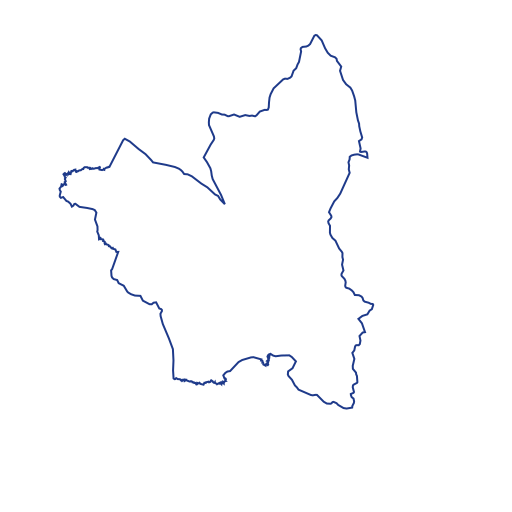 Nong Hin, Loei, Thailand (Natural Earth projection), rotated 156°
{"feature_id": "78962969B75467334486203", "entity_name": "Nong Hin", "entity_type": "district", "adm_level": 2, "iso_a3": "THA", "parent_name": "Thailand", "parent_adm1": "Loei", "projection": "natural_earth1", "projection_center": [101.862, 17.087], "detail": "fine", "context": "isolated", "style": "outline", "palette": "blue", "viewbox_px": 512, "rotation_deg": 156, "n_neighbors": 0, "source": "geoboundaries", "source_scale": "gbopen_adm2", "svg_char_len": 6141}
<svg xmlns="http://www.w3.org/2000/svg" viewBox="0 0 512 512"><g transform="rotate(156 256 256)"><path d="M381.1,177.7L380.5,176.6L379.8,176.4L378.6,176.9L377.5,175.3L375.6,174.4L375.0,172.7L374.2,172.9L374.2,172.0L373.0,172.4L372.6,171.7L372.2,172.4L371.8,172.4L371.4,172.2L371.6,171.8L370.5,171.4L370.9,171.0L370.0,171.1L369.9,170.5L367.8,168.4L366.7,167.9L366.3,168.1L365.4,167.2L365.4,166.4L364.6,166.2L364.0,165.7L364.1,165.1L363.0,164.7L362.7,162.9L362.1,162.8L361.3,164.0L360.1,162.8L359.3,163.2L358.6,161.6L356.3,159.8L354.7,161.2L353.6,160.5L353.2,161.0L350.5,160.5L350.3,159.7L348.8,159.6L347.9,160.6L347.5,160.7L346.5,159.1L346.5,158.2L346.0,157.3L345.5,157.0L344.9,157.4L345.1,156.6L343.9,155.3L343.8,154.7L342.1,154.9L341.6,154.3L341.0,154.2L340.7,154.9L340.2,154.9L340.4,154.3L340.0,153.4L339.7,154.4L339.2,154.4L339.4,153.2L338.5,153.3L338.2,154.0L337.6,153.0L337.5,153.7L337.0,153.5L336.9,154.3L336.3,153.7L335.3,154.3L334.5,154.1L334.7,154.7L333.6,155.7L333.7,156.3L334.3,156.1L334.6,156.8L334.4,160.3L331.5,161.7L329.1,162.1L326.5,161.4L315.1,166.2L310.9,166.6L301.8,165.4L299.5,164.6L293.1,159.3L293.9,158.4L292.8,157.6L293.0,156.4L293.5,156.0L292.9,155.6L293.0,154.4L293.4,153.9L292.0,152.1L291.8,152.7L291.0,153.0L289.7,151.5L289.0,151.9L288.9,152.7L289.4,153.6L288.2,153.9L287.8,154.6L288.6,155.6L287.5,156.0L287.3,155.1L286.9,155.2L286.5,155.8L286.6,156.6L285.4,157.4L284.5,159.2L284.7,159.6L285.8,159.0L286.5,158.0L286.4,159.5L285.2,160.5L283.8,160.9L283.2,160.2L282.5,160.6L280.8,158.0L278.8,156.4L273.4,154.8L266.0,151.7L264.4,149.2L262.4,143.5L268.3,138.6L273.6,137.5L275.1,134.8L275.1,133.1L273.5,128.3L273.1,122.0L272.1,119.4L271.5,116.6L262.4,106.7L260.8,105.6L258.2,105.0L256.8,104.3L253.4,95.3L251.3,92.4L248.0,90.7L247.1,90.7L245.5,91.4L244.5,91.2L242.3,88.8L241.5,86.5L237.9,81.5L235.3,79.8L229.8,78.4L228.9,79.9L226.4,81.9L225.5,83.3L224.9,86.1L226.0,88.1L225.9,90.2L225.5,91.4L222.7,91.3L221.8,91.9L221.0,96.8L220.0,98.4L218.8,98.8L215.4,99.0L214.7,99.5L212.6,105.3L212.6,107.2L212.1,108.8L213.4,113.5L212.3,116.3L208.0,122.0L207.4,128.3L204.6,129.8L202.3,133.0L201.3,133.7L200.2,133.6L198.5,132.7L197.0,133.3L195.0,136.2L194.0,140.8L189.7,142.7L187.4,142.1L186.6,151.4L188.0,156.9L183.2,158.0L178.0,157.4L174.4,159.9L171.8,160.3L168.8,163.6L168.9,164.7L170.6,165.6L172.1,167.5L175.3,170.1L176.0,171.7L175.7,174.3L176.1,176.0L177.9,178.3L181.6,180.2L181.7,183.3L182.5,185.6L184.1,188.3L186.5,190.3L186.8,191.2L186.7,192.4L184.8,195.4L184.4,197.1L184.5,199.2L185.8,202.8L185.7,203.9L185.0,205.0L182.0,207.2L180.9,213.1L178.0,217.2L177.5,219.9L175.8,223.5L175.9,225.0L177.0,229.0L177.2,237.7L178.9,241.4L179.3,245.3L179.0,247.2L176.1,253.5L176.4,256.5L176.0,258.2L175.1,259.0L172.5,259.9L171.2,260.9L170.9,262.2L171.5,266.3L168.6,269.1L162.3,274.1L158.1,275.9L153.7,278.7L136.6,293.9L136.0,297.4L134.1,300.8L133.4,304.0L131.2,306.2L130.0,308.5L127.9,309.0L125.0,308.6L122.1,307.7L121.1,307.1L114.2,300.4L112.8,304.4L112.7,305.7L113.1,306.6L113.9,307.2L117.8,308.3L118.5,309.1L116.7,311.7L115.2,319.1L112.2,319.6L110.8,321.1L110.0,327.4L108.9,332.6L108.0,335.0L107.7,338.5L105.9,346.5L102.1,357.7L101.4,362.0L100.9,368.0L101.3,371.4L103.8,376.2L104.9,381.4L103.9,391.0L101.1,394.4L102.7,401.3L102.2,403.4L103.0,405.4L106.3,408.6L107.8,412.5L108.4,417.7L108.3,426.2L110.5,432.8L111.5,433.6L113.1,433.5L120.4,427.6L122.7,426.9L124.8,426.9L128.5,428.1L130.5,427.6L131.2,426.7L131.6,424.5L137.8,415.8L140.1,414.1L142.9,411.2L146.3,410.0L150.5,405.6L152.4,405.0L155.2,405.0L157.3,406.2L159.4,406.3L171.7,402.0L176.8,397.9L179.2,395.2L181.6,391.1L183.9,386.6L185.5,384.9L186.7,385.0L188.7,386.0L193.8,386.4L198.3,384.3L200.0,384.0L202.5,385.9L205.0,386.6L208.5,389.1L214.3,389.8L218.5,394.2L223.8,394.7L224.9,395.2L227.2,397.9L229.6,399.1L232.5,402.2L236.1,404.4L237.2,404.6L239.7,403.8L242.9,400.6L244.7,397.3L245.7,394.7L245.8,382.4L246.3,380.4L247.4,379.2L252.0,376.3L263.7,367.3L262.6,361.6L262.0,354.7L262.5,351.6L263.7,347.5L264.3,343.9L263.1,326.0L263.4,316.0L265.7,322.2L266.2,326.3L268.4,328.9L272.5,338.5L276.5,344.4L282.2,354.9L285.2,358.4L288.3,360.1L288.9,363.1L289.7,365.1L290.9,367.1L293.9,370.3L301.2,375.9L312.0,383.4L312.7,386.1L315.5,394.0L319.8,401.6L324.7,411.9L328.2,416.5L330.3,415.8L353.7,397.0L354.7,397.5L355.4,397.1L356.6,397.6L358.8,397.2L359.4,397.5L359.7,396.5L360.3,397.0L361.7,397.1L363.9,398.7L363.8,399.3L362.5,400.5L362.6,400.9L365.4,400.8L366.3,401.4L368.8,401.7L369.6,402.6L370.5,402.3L371.2,403.3L371.5,402.8L372.5,403.0L372.6,404.6L373.9,405.1L374.1,405.8L376.4,406.8L377.5,406.6L378.4,405.7L379.1,406.1L381.2,405.6L382.7,406.1L384.2,405.8L385.2,406.5L385.8,405.8L386.2,406.1L386.3,407.5L385.9,408.4L387.2,408.7L389.1,408.0L389.5,408.6L390.2,408.7L392.1,406.2L392.8,406.6L392.2,407.2L392.6,408.0L393.6,407.4L393.4,408.5L394.3,407.9L395.5,407.8L395.8,407.2L396.2,408.1L396.5,407.4L396.8,407.5L397.4,408.3L397.5,409.4L398.6,409.0L398.3,407.1L398.5,406.0L398.0,405.1L399.3,404.1L399.4,401.7L400.7,401.3L400.5,398.3L400.9,398.3L401.8,399.9L403.9,398.8L404.4,399.4L403.9,400.1L404.4,400.6L405.1,399.7L404.8,399.1L405.0,398.6L405.8,398.7L408.1,397.5L408.4,396.0L408.2,394.2L410.7,391.1L411.1,390.0L410.6,388.5L408.2,388.3L406.8,383.4L405.5,382.1L404.2,379.2L404.1,376.0L402.4,376.3L400.8,377.4L399.8,377.2L397.3,372.7L390.8,368.6L386.2,365.3L384.6,363.5L384.2,360.5L388.3,354.8L388.8,347.5L390.2,344.1L391.1,342.9L391.2,338.9L392.6,335.1L392.1,335.1L391.6,336.0L391.0,336.2L390.7,335.9L391.0,334.5L389.0,333.4L388.9,332.8L389.6,331.9L388.6,331.0L388.4,330.2L389.1,329.4L389.2,328.3L388.1,328.3L388.1,327.6L386.6,326.4L386.1,325.5L386.4,324.8L385.4,324.2L385.2,322.7L384.7,322.3L384.5,321.4L384.1,321.1L383.5,321.4L383.4,320.5L381.8,319.2L381.9,316.5L380.2,315.8L392.8,302.5L394.2,301.8L396.1,296.6L396.2,294.9L395.4,292.8L392.6,290.5L392.5,287.0L388.9,282.6L388.1,275.9L387.6,274.6L385.7,271.9L382.7,269.1L377.8,266.6L377.5,261.2L372.9,255.3L370.9,254.3L368.6,255.0L366.1,254.3L365.7,247.4L364.2,246.0L363.9,245.0L364.3,244.0L366.8,242.1L367.6,239.8L368.8,231.8L369.1,216.0L369.8,204.7L373.9,194.1L378.3,185.2L381.1,177.7Z" fill="none" stroke="#1e3a8a" stroke-width="2"/></g></svg>